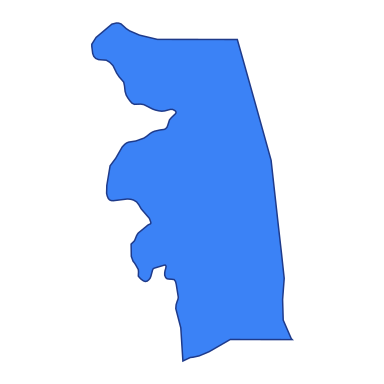 Nkhotakota, Albers equal-area conic projection
{"feature_id": "MWI-1902", "entity_name": "Nkhotakota", "entity_type": "District", "adm_level": 1, "iso_a3": "MWI", "parent_name": "Malawi", "parent_adm1": "", "projection": "albers", "projection_center": [34.033, -12.814], "detail": "fine", "context": "isolated", "style": "filled", "palette": "blue", "viewbox_px": 384, "rotation_deg": 0, "n_neighbors": 0, "source": "natural_earth", "source_scale": "10m", "svg_char_len": 1848}
<svg xmlns="http://www.w3.org/2000/svg" viewBox="0 0 384 384"><path d="M237.3,39.5L243.4,61.1L257.7,112.1L271.1,160.3L274.2,188.3L278.1,223.5L281.5,253.4L284.2,278.4L282.6,299.6L283.2,320.1L291.1,338.3L291.4,338.8L292.2,339.6L230.2,339.5L209.1,351.7L199.1,355.9L193.1,357.2L190.3,357.5L182.9,361.0L180.8,327.9L175.8,308.6L176.1,304.8L177.1,301.5L178.0,299.2L178.3,297.2L176.2,284.1L175.5,281.5L174.2,279.6L171.4,279.2L169.2,279.1L167.1,278.8L165.7,277.6L164.7,275.2L164.7,272.8L165.1,270.5L165.7,268.5L166.1,266.4L165.5,265.2L164.4,265.1L154.1,268.2L153.1,268.9L152.6,269.9L150.9,276.2L150.1,278.2L148.9,279.7L147.2,281.1L145.3,281.5L143.5,280.9L141.2,279.3L139.6,277.7L138.3,276.1L138.5,271.9L138.3,269.5L135.6,264.7L134.3,262.7L133.1,261.3L131.3,256.4L131.1,244.1L134.2,241.1L134.8,240.1L136.6,235.6L137.7,233.8L138.4,232.9L148.0,225.0L150.5,223.8L150.9,223.0L150.6,221.7L149.4,218.4L141.2,208.9L138.8,204.7L136.6,201.9L133.6,200.1L131.3,199.4L129.1,199.1L127.2,199.0L113.3,200.7L111.3,200.6L109.6,199.9L108.3,198.5L107.2,195.9L106.6,193.3L106.8,185.5L110.1,165.8L115.7,158.3L122.2,147.0L123.6,145.5L125.0,144.1L126.7,142.9L128.7,142.1L135.8,141.0L143.9,138.1L146.5,136.4L150.4,133.3L152.4,132.1L154.6,131.2L159.8,130.0L164.3,129.4L165.6,128.7L166.9,127.4L167.7,125.5L169.5,119.9L171.5,117.5L175.3,113.9L175.7,113.4L176.0,112.7L175.9,111.8L175.1,110.7L172.6,109.4L170.3,109.4L164.7,110.9L161.7,111.2L158.7,110.8L155.6,110.1L152.7,109.1L143.8,104.6L140.7,104.1L134.3,104.3L131.9,103.1L129.8,100.7L127.9,98.0L126.2,95.1L125.1,91.4L124.5,85.9L123.7,82.1L119.2,76.9L116.7,73.2L113.0,65.6L109.8,62.3L106.3,60.2L98.5,59.6L95.7,58.4L93.8,56.4L92.7,53.5L91.8,46.4L91.8,44.2L96.1,37.4L111.9,24.1L116.4,23.0L118.6,23.1L121.0,23.9L126.2,28.6L129.5,30.8L139.4,35.1L157.4,39.4L237.3,39.5L237.3,39.5Z" fill="#3b82f6" stroke="#1e3a8a" stroke-width="1.5"/></svg>